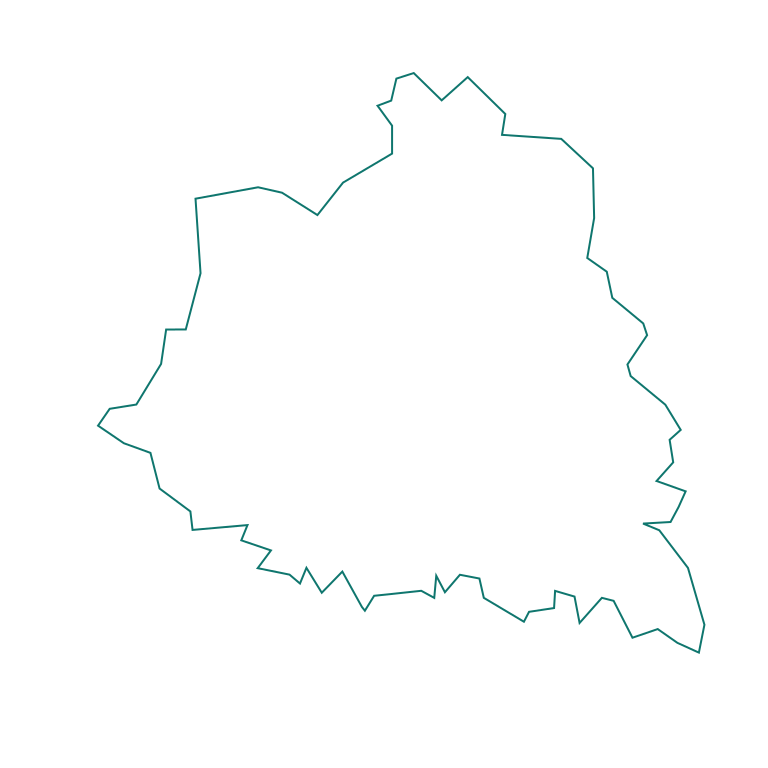 Laurel, Kentucky, United States of America, rotated 263°
{"feature_id": "52423323B31259142066888", "entity_name": "Laurel", "entity_type": "district", "adm_level": 2, "iso_a3": "USA", "parent_name": "United States of America", "parent_adm1": "Kentucky", "projection": "robinson", "projection_center": [-84.158, 37.138], "detail": "fine", "context": "isolated", "style": "outline", "palette": "teal", "viewbox_px": 768, "rotation_deg": 263, "n_neighbors": 0, "source": "geoboundaries", "source_scale": "gbopen_adm2", "svg_char_len": 1147}
<svg xmlns="http://www.w3.org/2000/svg" viewBox="0 0 768 768"><g transform="rotate(263 384 384)"><path d="M412.5,648.7L441.7,621.1L468.3,618.8L484.3,601.1L523.1,612.8L572.6,617.7L605.7,589.8L616.9,531.5L637.2,537.3L678.4,504.5L658.5,475.8L689.0,451.4L685.6,433.5L664.4,425.7L661.0,411.5L639.4,423.5L611.7,420.1L588.9,367.9L559.8,338.5L586.3,306.1L594.6,283.0L590.9,219.5L516.3,215.4L462.3,193.9L464.6,174.4L431.1,165.2L393.8,135.7L392.8,108.7L377.5,95.1L356.9,118.6L344.1,143.8L307.6,148.5L281.1,176.3L262.5,176.2L260.6,231.3L246.2,223.3L232.6,251.5L216.6,236.2L206.3,267.0L196.2,276.3L211.0,284.6L184.4,296.8L202.9,319.8L165.4,334.9L161.3,337.4L175.0,348.4L174.7,363.4L174.2,395.8L165.6,407.8L187.3,412.5L169.9,419.1L185.4,436.1L179.3,455.0L159.6,457.0L131.0,493.9L140.2,500.2L140.9,525.5L157.8,528.6L149.8,547.2L123.0,549.0L145.2,574.2L140.8,585.5L101.9,599.7L107.4,625.8L91.3,643.7L79.0,663.8L106.0,672.7L164.4,663.3L205.3,639.4L213.9,624.1L212.1,651.6L226.0,661.4L240.7,670.3L254.5,642.7L271.0,661.5L293.8,660.7L302.3,672.9L329.2,660.7L361.8,629.8L373.7,628.0L400.4,651.1L412.5,648.7Z" fill="none" stroke="#0f766e" stroke-width="2"/></g></svg>